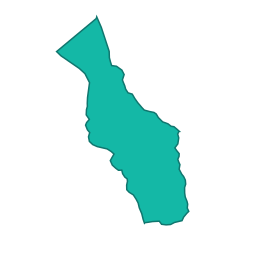 Armenochori, Limassol, Cyprus (orthographic projection), rotated 317°
{"feature_id": "46923920B15192858361301", "entity_name": "Armenochori", "entity_type": "district", "adm_level": 2, "iso_a3": "CYP", "parent_name": "Cyprus", "parent_adm1": "Limassol", "projection": "orthographic", "projection_center": [33.125, 34.752], "detail": "fine", "context": "isolated", "style": "filled", "palette": "teal", "viewbox_px": 256, "rotation_deg": 317, "n_neighbors": 0, "source": "geoboundaries", "source_scale": "gbopen_adm2", "svg_char_len": 1402}
<svg xmlns="http://www.w3.org/2000/svg" viewBox="0 0 256 256"><g transform="rotate(317 128 128)"><path d="M127.9,23.4L128.2,29.5L133.0,51.2L133.6,58.9L130.8,68.6L119.2,78.1L115.0,82.2L113.0,84.5L110.2,86.2L106.4,89.9L105.6,95.3L101.5,95.8L98.9,97.0L97.1,101.6L96.9,105.2L93.1,107.5L90.6,111.5L90.9,116.1L92.8,120.6L98.5,129.1L99.7,133.8L100.0,137.5L95.8,138.8L92.8,139.8L91.2,144.5L91.6,149.1L92.2,152.4L94.7,154.6L92.9,157.8L92.2,161.7L92.7,164.6L91.3,166.6L88.0,168.9L85.0,172.3L85.0,175.7L86.3,180.6L85.4,185.6L84.3,189.7L81.8,194.1L79.6,200.1L76.8,205.1L75.1,208.9L76.0,208.9L77.9,210.3L82.2,213.2L87.3,217.5L86.9,221.3L89.8,224.8L93.3,227.6L97.6,228.8L104.3,232.6L108.0,231.1L112.6,230.5L115.6,230.4L116.7,227.0L119.7,224.4L121.1,221.9L122.8,217.5L125.1,214.2L128.0,211.0L128.7,210.2L131.9,208.4L134.4,205.2L135.6,201.4L135.8,198.5L137.3,193.0L141.0,190.2L141.9,187.5L143.1,184.8L145.9,183.6L147.9,181.7L148.2,177.7L148.7,174.5L153.6,173.6L158.4,169.8L160.2,166.3L163.1,165.2L163.2,165.3L163.0,162.5L162.5,158.4L160.7,156.1L160.1,152.2L157.5,147.1L157.3,141.0L158.2,137.0L157.6,134.3L155.1,130.8L152.1,126.0L152.1,122.4L152.4,116.0L153.1,111.0L154.2,106.1L152.0,102.3L152.8,97.9L154.3,95.1L155.7,91.4L156.7,89.0L161.6,86.3L163.0,81.5L161.7,75.0L158.6,71.2L160.2,67.8L162.3,63.9L166.5,59.1L177.1,36.2L180.9,25.4L179.5,26.3L127.9,23.4Z" fill="#14b8a6" stroke="#0f766e" stroke-width="1.5"/></g></svg>